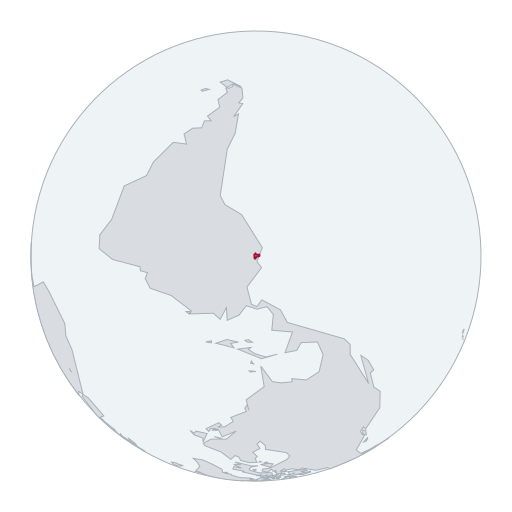 Loja on an orthographic globe, rotated 179°
{"feature_id": "ECU-1268", "entity_name": "Loja", "entity_type": "Province", "adm_level": 1, "iso_a3": "ECU", "parent_name": "Ecuador", "parent_adm1": "", "projection": "orthographic", "projection_center": [-79.576, -4.049], "detail": "fine", "context": "on_globe", "style": "filled", "palette": "rose", "viewbox_px": 512, "rotation_deg": 179, "n_neighbors": 0, "source": "natural_earth", "source_scale": "10m", "svg_char_len": 7624}
<svg xmlns="http://www.w3.org/2000/svg" viewBox="0 0 512 512"><g transform="rotate(179 256 256)"><circle cx="256" cy="256" r="225" fill="#eef3f6" stroke="#a8b0b8"/><path d="M127.1,71.2L137.8,64.6L142.5,61.8L139.9,63.0L144.2,60.4L156.8,53.8L157.6,53.4L161.2,51.7L184.6,42.3L185.8,41.9L188.0,43.2L199.6,40.7L213.6,43.2L216.8,41.6L224.1,42.6L230.4,41.3L231.2,42.8L235.6,40.6L233.7,39.5L235.0,38.4L238.6,37.7L240.2,39.3L238.6,39.9L241.0,40.0L240.3,41.2L242.6,40.3L244.2,42.7L248.0,39.6L253.6,40.9L253.2,42.8L246.3,43.5L228.3,52.2L225.7,55.6L229.0,58.9L249.9,62.5L250.0,66.4L255.2,70.9L258.3,67.9L255.4,63.5L262.6,59.8L258.2,55.5L260.4,53.7L258.7,49.6L266.4,49.5L274.9,51.8L276.7,55.4L280.5,56.8L284.8,53.1L294.1,60.6L310.4,67.2L312.0,69.6L304.2,73.7L288.9,73.4L278.7,81.4L292.9,75.8L296.6,83.1L300.4,84.4L304.6,84.1L306.2,81.4L309.0,84.2L296.1,90.0L293.3,87.5L297.4,85.5L290.2,85.8L281.5,91.0L284.1,95.0L268.3,100.8L269.9,104.0L267.4,107.4L265.8,101.8L268.3,112.4L250.1,125.2L253.1,145.9L241.9,130.1L232.9,128.7L222.1,129.6L222.4,132.8L207.8,131.2L194.9,139.2L190.6,156.2L196.1,169.0L212.3,168.6L216.9,160.9L228.7,158.8L220.8,179.4L241.5,181.5L239.7,197.2L245.8,205.2L256.0,202.8L266.6,206.5L274.0,197.2L285.9,192.2L286.5,205.0L292.9,193.3L299.7,199.5L323.3,199.3L321.6,202.2L341.5,218.0L362.4,225.6L367.2,235.4L364.8,241.2L371.9,243.3L372.0,247.2L399.4,255.0L412.7,266.1L411.8,279.9L399.7,295.1L386.5,328.4L364.1,338.3L356.9,351.8L336.8,371.1L323.5,369.1L325.8,379.2L317.1,384.9L308.0,385.1L305.2,392.0L298.4,392.0L302.1,396.7L289.6,405.5L291.3,413.0L281.8,420.1L283.3,424.4L280.2,424.2L276.6,425.7L275.8,428.1L267.1,424.0L266.3,414.3L270.6,409.4L266.6,408.5L275.9,395.8L271.0,398.4L274.7,379.1L282.9,363.2L290.7,317.2L286.3,308.0L269.6,297.5L249.5,264.2L255.2,250.5L250.7,244.2L265.6,225.1L261.4,207.8L256.1,205.4L250.9,212.0L232.5,201.7L225.8,189.0L169.3,171.7L163.4,165.9L163.5,155.9L145.6,126.5L152.9,154.8L145.7,149.8L140.3,140.0L143.7,137.0L140.5,122.9L134.2,118.5L134.9,102.0L149.6,81.0L151.4,83.5L154.7,78.8L152.7,75.8L150.5,75.0L159.1,60.3L154.7,56.7L146.1,60.6L153.6,56.4L132.4,68.0L126.4,71.8L127.1,71.2ZM49.1,179.5L50.7,174.6L50.7,177.1L49.1,179.5ZM51.1,172.1L50.6,173.6L50.9,172.4L51.1,172.1ZM50.8,171.5L51.0,171.9L50.6,172.0L50.8,171.5ZM50.3,171.4L50.7,171.2L50.5,171.5L50.3,171.4ZM252.2,153.2L275.9,163.2L262.7,164.7L265.2,162.7L259.1,158.5L247.9,154.8L236.3,157.5L252.2,153.2ZM50.2,169.7L50.3,169.1L50.7,168.4L50.2,169.7ZM262.2,141.2L258.1,140.5L262.1,140.4L262.2,141.2ZM148.8,75.3L152.2,76.1L152.4,80.1L149.2,79.6L148.8,75.3ZM149.0,69.0L151.7,68.2L147.7,72.4L147.4,71.5L149.0,69.0ZM138.9,64.4L140.8,63.7L137.5,65.3L138.9,64.4ZM254.5,50.1L256.6,49.9L255.8,50.7L254.5,50.1ZM251.9,48.7L249.6,49.9L248.0,49.4L249.4,48.7L251.9,48.7ZM255.1,47.5L245.4,48.5L242.6,47.8L245.8,44.6L255.1,47.5ZM231.5,39.5L233.8,40.6L228.6,40.4L231.5,39.5ZM227.9,39.7L210.2,42.0L208.7,40.6L215.0,39.9L210.4,39.0L218.3,37.0L222.7,37.1L222.0,38.3L225.6,36.8L227.9,39.7ZM235.1,37.9L231.7,38.3L230.1,37.0L236.7,36.0L235.1,36.7L235.1,37.9ZM205.2,39.9L205.3,39.0L211.7,37.1L212.6,36.6L218.4,36.9L205.2,39.9ZM237.3,36.7L240.1,35.6L244.1,35.8L238.4,37.5L237.3,36.7ZM226.9,37.1L226.5,36.6L228.9,36.5L226.9,37.1ZM259.9,36.6L255.8,36.6L254.6,35.9L259.9,36.6ZM240.9,35.3L239.5,35.2L238.6,35.1L241.3,34.5L240.9,35.3ZM222.5,35.8L225.2,35.3L220.5,35.5L225.2,34.5L228.2,35.0L228.8,34.4L230.3,34.1L231.1,34.9L222.5,35.8ZM241.2,33.5L246.7,34.4L254.5,34.3L255.7,34.9L242.9,35.0L241.2,33.5ZM235.2,34.2L239.2,33.8L238.7,34.5L235.7,35.2L235.2,34.2ZM227.2,33.8L219.3,35.2L218.9,35.1L227.2,33.8ZM243.6,33.3L242.2,33.1L244.2,33.2L243.6,33.3ZM232.4,33.3L229.6,33.8L229.3,33.6L232.4,33.3ZM241.8,32.6L243.5,32.8L241.6,33.1L241.8,32.6ZM237.6,32.8L237.7,32.5L239.8,33.1L236.4,33.0L237.6,32.8ZM232.5,33.1L231.4,33.2L233.7,33.0L232.5,33.1ZM248.4,31.5L251.5,32.2L247.0,32.8L244.7,32.0L248.4,31.5ZM281.2,432.6L267.7,425.5L275.5,428.7L282.0,425.1L288.7,430.5L281.2,432.6ZM299.9,423.4L306.8,421.6L308.1,422.8L303.6,424.4L299.9,423.4ZM418.0,99.5L419.2,101.0L432.4,119.0L431.5,120.6L426.1,117.0L410.9,98.7L414.6,97.5L409.2,92.1L399.7,84.5L401.6,85.1L398.1,82.2L398.6,81.9L390.6,75.4L404.8,86.8L418.0,99.5ZM480.6,273.3L481.1,259.9L480.9,243.8L480.4,236.8L480.0,238.0L478.7,229.8L477.9,229.4L469.1,233.9L463.2,223.2L448.3,191.6L447.5,179.4L441.6,165.4L431.4,121.0L435.7,123.7L435.6,120.0L444.9,133.3L453.3,147.3L460.7,161.9L467.0,177.0L472.1,192.5L476.2,208.3L479.1,224.4L480.8,240.6L481.3,257.0L480.6,273.3ZM442.5,143.0L444.6,147.0L442.5,143.0ZM324.0,199.2L326.9,201.7L323.2,201.7L324.0,199.2ZM261.1,169.8L266.0,170.0L268.6,171.9L264.9,172.5L261.1,169.8ZM302.1,169.9L307.7,171.0L302.0,172.0L302.1,169.9ZM279.6,164.6L297.7,169.5L286.5,173.0L275.1,170.2L282.9,169.1L279.6,164.6ZM260.2,148.1L263.3,148.9L262.5,151.1L260.2,148.1ZM265.1,141.2L263.9,141.4L262.3,139.7L265.1,141.2ZM297.3,82.7L298.5,82.3L302.8,82.7L301.0,83.8L297.3,82.7ZM320.9,78.2L325.0,82.8L320.8,80.0L319.1,82.0L308.0,79.3L312.2,70.8L312.3,74.9L320.9,78.2ZM294.5,74.1L301.0,76.2L293.7,74.3L294.5,74.1ZM378.5,68.8L381.5,70.4L385.6,73.5L386.5,75.9L380.7,71.2L378.5,68.8ZM384.9,72.1L371.2,63.4L370.0,62.2L373.0,64.2L373.6,64.3L378.6,67.7L390.8,75.7L395.2,79.1L394.6,80.6L392.4,77.9L389.6,76.3L384.9,72.1ZM338.4,49.7L332.4,47.6L337.6,47.3L342.5,49.4L343.9,51.4L338.8,50.3L338.4,49.7ZM262.6,42.4L260.0,42.8L259.5,42.2L261.4,41.4L262.6,42.4ZM258.0,36.7L273.5,40.4L271.3,40.9L282.9,43.4L281.7,45.9L274.2,44.0L282.0,48.2L274.7,47.6L280.6,50.4L264.0,46.1L257.7,46.2L265.2,45.0L266.5,42.6L265.2,41.6L256.8,39.2L244.0,39.0L243.3,37.2L246.2,36.0L249.2,35.8L248.7,36.9L253.0,35.8L254.6,37.3L258.0,36.7ZM280.1,32.0L278.6,31.9L284.3,32.5L288.2,33.0L289.1,33.2L290.0,33.3L294.0,34.0L300.4,35.3L300.1,35.4L302.8,35.9L305.4,36.7L308.9,37.5L309.7,38.2L314.0,39.4L311.9,39.1L319.1,41.2L314.1,40.0L317.0,41.3L320.4,41.7L315.9,46.5L317.9,50.5L322.3,54.8L313.0,53.1L302.9,48.4L293.7,43.3L293.1,40.1L289.0,40.3L287.5,39.0L291.4,39.4L284.5,38.1L284.3,37.3L276.2,34.7L266.4,34.1L263.2,33.5L266.9,33.3L261.1,32.9L265.9,32.3L263.7,31.9L266.3,31.4L274.8,31.8L271.7,31.4L273.5,31.4L278.0,31.8L280.1,32.0ZM249.4,31.3L259.1,31.0L264.8,31.2L257.9,32.2L259.3,32.6L255.1,34.0L246.9,33.9L248.9,33.4L248.9,33.0L251.4,33.2L249.4,32.7L252.0,32.2L251.1,31.9L254.5,31.8L249.4,31.3Z" fill="#d9dde1" stroke="#a8b0b8" stroke-width="1"/><path d="M253.1,255.9L253.2,255.7L253.3,255.7L253.6,255.4L254.0,255.3L254.3,255.3L254.5,255.2L254.8,255.1L255.0,255.1L255.4,255.1L255.5,255.1L255.6,254.9L255.8,254.9L256.0,254.9L256.0,255.0L256.3,255.0L256.5,255.0L256.7,254.9L256.7,254.7L256.8,254.6L256.8,254.4L256.7,254.3L256.7,254.2L256.5,254.3L256.4,254.3L256.4,254.1L256.4,253.9L256.6,253.7L256.5,253.4L256.4,253.4L256.5,253.2L256.8,253.2L257.0,253.2L257.1,253.3L257.1,253.5L257.3,253.7L257.5,253.6L257.6,253.8L257.7,254.0L257.8,254.1L257.8,254.3L257.8,254.5L257.7,254.5L257.5,254.8L257.6,255.0L257.8,255.2L257.8,255.3L257.7,255.5L257.7,255.8L257.7,256.0L257.7,256.3L257.8,256.5L257.9,256.8L257.8,257.1L257.8,257.3L257.8,257.5L257.7,257.5L257.5,257.8L257.4,257.8L257.3,257.7L257.2,257.7L257.1,257.8L257.0,258.0L256.8,258.4L256.7,258.6L256.5,258.8L256.3,258.6L256.3,258.4L256.2,258.2L256.3,258.0L256.3,257.9L256.2,257.8L255.8,257.6L255.7,257.5L255.4,257.6L255.1,257.7L254.9,257.6L254.7,257.4L254.4,257.3L254.2,257.2L253.9,257.0L253.8,256.9L253.6,256.9L253.6,257.0L253.4,257.2L253.4,257.3L253.0,257.6L252.9,257.6L252.7,257.7L252.4,257.5L252.4,257.4L252.9,256.7L253.0,256.6L252.8,256.6L252.6,256.7L252.4,256.5L252.4,256.4L252.3,256.2L252.4,255.9L252.5,255.8L252.6,255.7L252.8,255.8L253.0,255.9L253.1,255.9Z" fill="#f43f5e" stroke="#9f1239" stroke-width="1.5"/></g></svg>